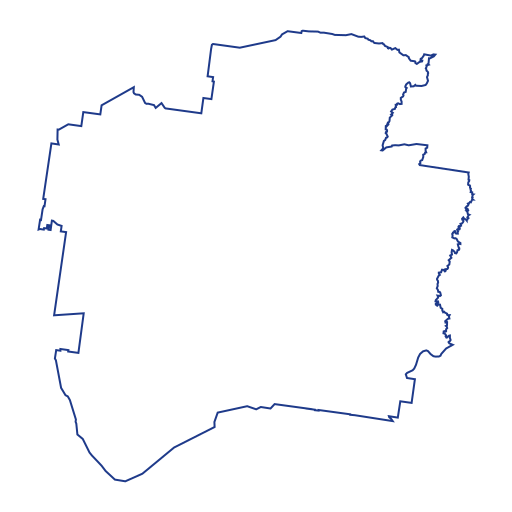 Gilgandra, New South Wales, Australia
{"feature_id": "25037944B57868667695206", "entity_name": "Gilgandra", "entity_type": "district", "adm_level": 2, "iso_a3": "AUS", "parent_name": "Australia", "parent_adm1": "New South Wales", "projection": "orthographic", "projection_center": [148.95, -31.633], "detail": "fine", "context": "isolated", "style": "outline", "palette": "blue", "viewbox_px": 512, "rotation_deg": 0, "n_neighbors": 0, "source": "geoboundaries", "source_scale": "gbopen_adm2", "svg_char_len": 5933}
<svg xmlns="http://www.w3.org/2000/svg" viewBox="0 0 512 512"><path d="M57.6,129.5L57.4,139.6L58.7,144.5L51.4,143.4L43.2,198.9L45.5,199.2L44.5,206.2L43.8,206.1L42.6,209.3L41.0,220.0L40.1,219.7L38.6,229.5L39.9,229.0L43.8,229.6L44.1,228.1L46.8,228.5L47.3,225.0L50.3,225.4L50.1,226.9L48.9,226.7L48.5,229.7L50.6,230.0L51.9,220.6L53.3,220.9L57.4,224.5L61.6,225.9L60.8,231.4L66.1,232.1L54.1,315.3L83.7,313.3L78.4,352.9L68.2,351.5L68.4,350.1L60.4,349.0L60.4,350.7L56.2,350.1L54.9,358.5L55.9,360.3L61.1,387.9L65.5,395.2L67.8,396.4L69.9,400.1L75.9,419.5L75.6,421.8L76.3,423.6L77.4,434.5L82.8,439.0L89.5,452.5L92.0,455.6L101.5,465.6L105.6,471.0L114.9,479.6L125.3,481.3L142.4,473.7L174.1,447.5L214.6,427.0L214.4,422.0L217.7,412.6L247.2,406.2L256.2,409.3L260.8,407.0L270.5,408.5L274.6,404.1L309.1,408.8L308.9,408.9L314.9,409.7L314.9,410.2L318.6,410.6L318.6,410.0L350.2,414.3L350.2,414.8L354.8,415.2L392.7,421.1L391.0,418.7L389.2,417.2L388.9,416.2L397.8,417.6L400.3,401.3L411.6,402.9L414.9,379.2L407.0,378.0L405.8,374.3L407.1,372.9L412.6,370.3L414.2,368.6L416.0,364.8L418.2,357.5L420.1,353.9L423.1,351.3L426.3,350.4L428.0,351.1L430.6,354.1L433.4,356.2L435.5,356.6L438.9,356.5L440.5,355.7L441.3,353.9L446.1,348.5L452.7,344.8L449.4,343.4L448.6,342.4L448.6,341.9L450.1,340.9L450.6,340.0L449.9,337.9L449.9,335.5L449.0,335.7L446.9,337.6L446.4,337.6L445.6,336.2L446.1,335.6L445.7,334.7L444.7,333.6L443.5,333.3L443.7,331.4L444.6,331.1L445.7,331.6L446.1,331.3L446.1,329.2L447.2,328.1L446.8,326.6L445.9,325.9L447.0,325.2L447.1,322.0L446.6,321.7L445.5,322.4L445.2,321.2L447.9,318.8L449.4,318.5L448.9,316.5L449.6,315.1L447.6,315.1L447.1,314.7L447.1,313.7L444.4,312.3L444.2,311.7L443.6,311.6L443.1,312.1L442.3,310.5L442.3,308.8L440.7,307.8L440.0,304.6L438.6,304.3L437.2,305.7L435.8,304.6L435.8,303.8L437.4,303.4L438.3,302.2L437.9,301.3L436.6,301.7L435.5,301.4L435.8,300.1L438.1,297.6L438.1,296.9L437.5,295.6L440.1,296.0L440.9,295.3L440.3,292.8L439.7,291.9L438.3,291.9L437.8,289.7L436.8,288.3L437.7,286.0L437.5,284.0L438.1,282.6L437.9,280.8L437.1,279.7L437.0,278.9L438.8,275.5L439.8,274.9L438.8,273.3L438.8,272.6L441.1,272.3L442.0,269.7L443.7,269.9L444.8,271.4L445.2,271.3L445.7,270.7L445.4,269.2L447.3,269.0L447.8,268.5L448.1,267.4L447.4,266.0L449.3,264.5L449.7,261.6L448.7,260.2L451.4,257.8L450.2,255.5L452.0,254.6L451.6,252.4L452.0,249.9L453.1,250.4L454.6,251.9L455.0,253.1L456.3,253.4L457.1,252.1L457.5,250.2L458.9,249.9L459.2,249.4L458.9,248.8L459.3,248.2L458.5,247.0L457.8,244.3L459.6,243.8L460.4,244.0L460.4,243.0L458.0,241.6L456.5,238.8L455.4,238.2L454.4,238.4L452.3,237.4L452.6,235.6L452.2,234.0L452.8,233.5L452.9,232.6L453.8,232.3L454.2,231.3L454.9,231.0L455.3,231.2L455.0,232.4L456.1,233.6L457.8,233.6L457.6,232.0L458.1,231.4L457.2,229.5L457.8,229.1L459.4,229.4L459.8,228.8L459.6,227.9L458.6,227.6L458.5,226.6L459.0,226.0L460.3,226.2L461.1,225.7L460.5,223.8L461.9,223.5L463.0,222.2L463.5,221.0L462.9,220.0L463.0,219.0L462.2,219.3L462.1,218.8L463.3,217.4L464.2,218.7L466.0,219.6L466.7,220.5L466.7,219.7L467.4,219.5L467.5,218.9L468.4,218.1L467.4,217.3L468.6,215.2L469.3,214.8L467.9,214.2L467.3,211.7L466.8,211.2L467.6,211.2L468.2,210.3L467.7,209.8L467.8,209.2L466.7,208.3L466.3,209.5L465.8,208.7L466.1,208.0L465.6,207.7L466.7,206.3L467.7,205.9L468.5,204.6L467.9,203.6L469.1,203.1L470.0,202.0L470.9,202.3L472.1,199.6L473.0,199.6L472.4,199.1L472.1,197.7L472.6,197.3L472.3,196.6L472.7,195.0L473.4,194.4L472.2,194.2L472.2,192.3L470.7,192.1L471.0,190.7L470.5,189.7L470.9,188.7L470.0,187.8L470.1,186.0L469.8,185.4L468.4,185.0L468.1,184.5L468.3,182.3L469.1,181.2L469.3,180.1L468.5,179.7L468.8,176.8L468.3,173.9L468.7,172.5L419.8,165.1L419.2,164.1L420.4,163.1L420.1,161.6L420.6,160.7L422.2,160.1L423.3,156.9L423.2,154.7L424.7,154.0L425.1,152.6L426.2,152.4L425.6,150.8L425.6,148.5L427.2,147.7L427.4,145.3L416.5,144.0L408.7,145.3L404.4,144.3L398.8,145.4L395.1,145.2L392.1,145.5L391.7,146.5L386.3,147.4L382.6,150.5L381.4,150.3L382.2,149.4L382.6,149.5L382.8,148.7L383.3,148.4L382.6,145.3L383.9,140.9L385.2,140.0L386.0,137.8L387.2,137.4L387.7,136.6L386.3,133.6L385.7,133.2L385.9,132.1L387.0,131.7L387.1,130.8L386.8,129.7L385.7,129.4L385.8,126.0L386.8,125.5L387.1,124.7L387.3,125.6L388.3,124.5L387.7,123.8L387.9,122.7L388.6,122.7L389.5,121.0L389.8,117.6L392.3,115.2L392.2,114.7L391.3,114.4L392.8,112.8L391.1,111.5L392.4,109.6L394.9,108.9L395.3,107.4L396.0,107.1L395.7,104.8L397.0,104.7L397.1,103.7L398.1,103.3L399.8,104.1L401.6,103.9L401.6,101.6L400.8,99.6L400.8,97.9L403.1,96.4L403.5,95.3L403.1,94.5L404.0,92.5L405.7,91.9L406.1,88.9L406.7,88.0L405.4,87.2L405.3,86.4L406.2,84.4L408.3,82.6L409.3,82.3L410.1,83.2L410.9,86.5L413.7,86.3L415.3,84.9L415.9,85.7L421.5,86.0L425.6,85.0L426.8,83.4L428.0,80.8L427.0,77.1L427.9,75.1L427.8,73.9L428.2,73.1L427.8,71.8L426.5,70.6L426.2,68.9L425.8,68.4L426.7,66.4L426.4,65.4L428.7,64.7L427.9,64.0L428.5,63.5L429.0,58.3L429.8,58.4L433.8,56.4L435.3,54.6L433.4,54.4L430.9,55.6L424.2,54.3L423.8,55.5L422.0,58.1L420.7,58.8L420.5,60.2L422.3,60.6L422.1,61.4L419.6,61.9L416.8,63.9L415.4,63.0L415.3,61.7L414.9,61.3L410.7,60.7L408.9,58.3L408.8,57.2L405.8,55.1L403.4,55.3L399.4,52.4L398.9,49.7L397.5,49.9L395.3,48.1L391.9,49.6L390.5,48.0L389.7,47.8L388.5,48.5L387.9,48.2L387.8,47.1L384.8,45.8L384.2,44.5L383.3,44.2L382.5,43.1L379.0,43.5L374.6,43.0L373.9,42.6L372.9,41.2L371.4,41.3L370.4,40.3L368.4,39.7L367.7,38.7L365.3,38.1L364.3,36.5L361.3,36.9L358.3,36.7L351.4,34.1L345.9,35.2L334.8,34.9L332.2,34.0L324.1,32.7L320.5,32.7L318.0,31.6L308.9,31.4L302.8,30.7L301.7,31.1L301.3,33.0L287.6,31.2L282.0,34.4L280.5,36.7L275.6,40.1L239.8,47.7L213.0,44.0L211.9,44.8L211.1,49.0L207.6,76.3L213.1,77.1L212.5,81.3L213.9,81.6L211.4,99.1L203.4,98.0L201.3,113.3L165.5,108.4L164.7,107.8L161.5,103.1L155.7,107.9L154.0,105.1L148.2,103.7L146.5,103.8L145.1,103.0L142.1,96.8L139.2,94.8L135.7,94.5L134.0,93.3L133.5,92.1L133.8,87.2L101.6,105.3L100.3,114.4L83.3,112.1L81.3,126.1L68.3,124.3L58.9,129.6L57.6,129.5Z" fill="none" stroke="#1e3a8a" stroke-width="2"/></svg>